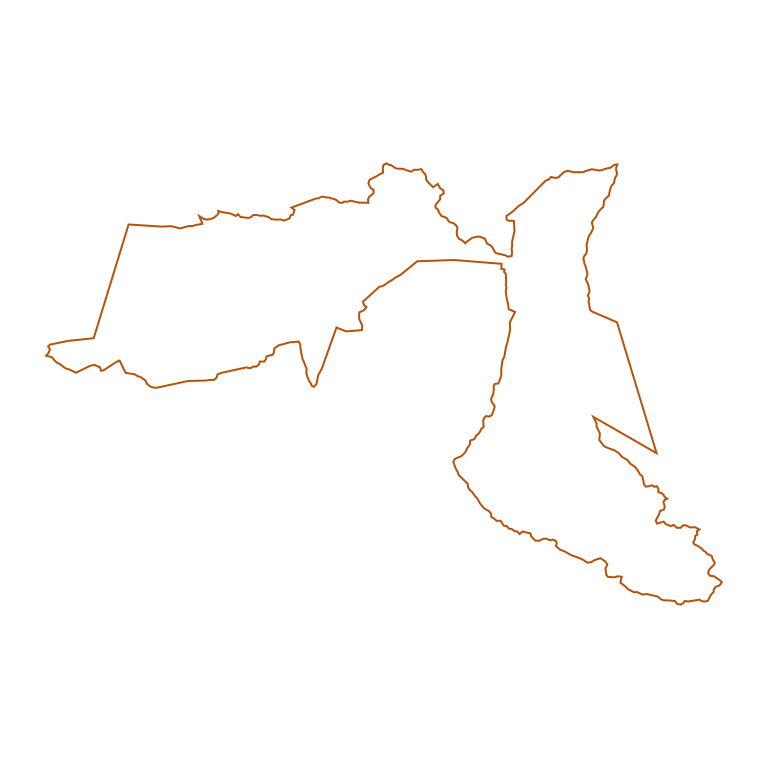 the district of Sobral, Ceará, Brazil
{"feature_id": "56859067B25593631860956", "entity_name": "Sobral", "entity_type": "district", "adm_level": 2, "iso_a3": "BRA", "parent_name": "Brazil", "parent_adm1": "Ceará", "projection": "mercator", "projection_center": [-40.186, -3.856], "detail": "fine", "context": "isolated", "style": "outline", "palette": "amber", "viewbox_px": 768, "rotation_deg": 0, "n_neighbors": 0, "source": "geoboundaries", "source_scale": "gbopen_adm2", "svg_char_len": 6110}
<svg xmlns="http://www.w3.org/2000/svg" viewBox="0 0 768 768"><path d="M170.4,226.2L161.7,226.6L128.6,224.5L93.7,338.2L68.2,340.9L50.0,344.6L48.1,346.5L49.9,349.1L48.9,352.4L46.1,355.7L51.9,357.2L54.4,360.2L57.0,362.8L59.6,363.9L63.8,367.1L66.1,368.6L69.7,369.6L76.0,372.7L90.2,365.8L94.3,364.9L100.0,367.4L101.1,370.8L103.6,370.3L116.2,362.0L119.6,360.5L124.3,370.3L125.8,372.9L135.0,374.4L137.5,376.1L140.5,377.0L145.5,380.5L146.6,383.4L149.2,385.7L151.0,386.9L153.3,387.5L156.5,387.8L188.0,381.0L206.5,380.5L209.9,379.9L213.7,380.0L216.5,377.8L217.6,374.4L221.7,372.8L246.3,367.4L250.2,368.3L253.3,366.6L256.3,366.6L259.0,364.4L259.8,361.5L264.4,361.5L265.8,359.3L266.6,356.4L269.7,355.4L272.5,354.9L274.2,352.0L274.2,348.6L278.5,345.4L290.0,342.3L298.8,341.6L300.3,344.8L300.4,348.2L301.0,350.5L301.2,353.3L302.0,355.9L302.5,359.1L303.9,361.7L305.0,365.0L306.6,368.8L306.3,372.4L307.1,376.0L309.0,380.8L310.5,382.9L311.9,385.8L314.0,386.9L316.5,383.9L318.3,375.0L321.7,368.9L336.5,327.5L346.1,331.4L361.9,330.1L362.3,325.7L359.1,318.7L359.3,312.3L362.0,311.2L364.7,309.5L366.5,307.0L364.1,305.3L362.9,301.7L379.5,286.7L382.0,286.3L384.8,284.8L387.0,283.1L393.0,279.4L395.3,277.6L400.5,274.9L417.2,261.3L453.8,260.0L501.6,263.8L501.3,268.8L504.6,269.5L504.1,272.0L505.8,273.8L506.2,282.1L505.8,284.7L506.5,287.6L505.7,291.1L506.8,298.9L508.2,304.7L508.7,309.2L515.1,311.9L509.8,322.6L510.1,329.3L509.4,333.5L507.1,343.7L506.0,346.8L504.3,356.8L503.0,359.1L502.3,361.4L501.2,369.6L501.3,375.2L500.4,378.4L498.4,383.4L494.8,384.0L493.6,386.2L493.9,388.9L493.3,393.6L491.1,399.0L491.5,401.7L493.4,404.1L494.7,406.5L493.2,411.9L491.7,415.2L488.9,416.6L486.1,416.0L484.5,417.7L483.2,420.2L483.6,427.1L481.2,429.0L480.2,431.4L478.6,433.6L476.4,435.4L474.2,439.2L470.2,440.5L469.9,444.2L468.8,446.3L467.2,448.1L466.1,450.9L464.2,453.4L461.4,456.1L456.8,458.0L454.4,459.4L453.4,462.1L455.6,468.2L457.7,472.1L458.9,475.2L467.7,483.8L468.1,487.4L469.4,489.6L472.5,492.5L474.5,495.4L477.1,498.3L480.0,503.3L482.2,506.1L484.4,508.6L488.8,511.0L491.1,513.8L491.3,517.0L494.0,518.5L496.5,520.8L500.7,520.8L503.8,525.7L506.8,526.2L509.1,528.7L511.5,528.9L515.0,531.4L517.3,531.5L519.5,534.1L522.6,531.5L530.5,533.4L531.2,536.3L535.2,540.6L539.8,540.7L543.1,538.7L546.8,538.8L549.9,540.3L552.5,539.6L555.7,540.7L556.8,543.5L555.8,546.0L559.9,549.5L565.0,551.6L571.3,555.2L579.2,558.0L583.8,560.2L587.1,562.6L591.1,562.2L594.6,560.1L600.6,558.2L605.5,561.6L607.4,564.7L605.5,568.2L606.3,574.6L607.8,576.9L613.9,577.3L618.0,576.3L621.7,576.8L620.4,582.6L625.9,586.9L627.5,588.9L634.2,592.4L637.0,592.0L642.3,594.6L646.5,594.0L657.6,596.5L660.9,599.3L664.0,600.4L667.0,600.3L674.9,601.0L677.3,604.0L680.9,604.6L683.4,603.1L684.7,601.0L688.3,601.5L699.5,599.6L702.1,601.3L705.6,601.5L708.1,600.5L710.6,595.4L711.9,593.6L713.5,592.1L713.9,589.2L715.9,586.7L719.4,585.5L721.9,582.1L719.2,579.7L716.6,578.2L714.3,576.3L710.0,575.8L708.3,573.6L708.5,571.1L709.9,568.8L714.1,564.7L714.7,562.4L712.8,559.6L711.8,556.2L709.7,554.8L707.4,554.2L705.4,551.8L703.2,550.4L701.6,548.5L697.6,545.8L694.9,544.7L693.3,542.5L695.0,539.0L695.2,535.9L697.3,534.7L696.8,531.2L699.4,529.5L695.4,527.3L690.1,527.4L685.7,525.3L683.1,525.4L680.6,527.8L676.9,527.8L673.6,524.9L671.3,526.2L665.9,524.2L663.6,521.6L657.1,523.6L655.7,520.7L659.0,514.5L660.1,510.9L664.2,509.4L664.7,506.1L663.4,502.1L664.9,499.7L667.2,498.7L664.7,497.1L663.6,494.9L661.7,493.2L658.3,492.1L658.4,488.7L656.7,486.1L654.3,486.8L652.0,485.2L648.7,486.3L645.8,486.6L643.8,483.9L643.6,481.6L642.1,475.9L639.8,474.2L638.1,470.8L634.7,466.6L630.3,463.8L627.7,460.2L622.0,456.9L618.8,453.2L617.0,451.9L614.4,450.3L606.9,447.6L603.9,446.1L599.3,440.0L599.9,433.5L596.5,426.4L596.7,423.7L593.4,416.9L656.6,453.2L617.0,322.3L592.2,311.6L590.2,309.9L588.6,301.9L589.1,298.5L587.8,295.3L589.2,293.1L589.5,290.7L588.3,284.6L585.7,279.1L587.1,276.1L587.4,273.3L585.5,266.3L584.4,263.7L584.2,261.1L583.3,259.1L584.1,256.3L586.0,254.0L587.0,250.8L586.6,245.1L588.2,238.2L589.3,235.3L591.0,233.0L593.3,228.1L591.8,222.4L593.6,219.6L595.6,217.5L598.4,212.0L600.9,209.1L603.4,206.8L604.0,201.3L604.9,199.3L609.1,195.3L609.4,192.4L610.8,187.3L611.9,185.4L613.9,183.2L615.1,177.6L616.6,175.6L617.0,172.8L616.2,170.6L616.2,167.5L617.4,164.5L614.5,164.7L610.4,167.8L606.9,168.4L599.8,170.6L591.7,169.2L585.6,171.1L582.7,172.3L579.8,172.1L573.3,172.3L569.8,171.2L566.7,171.1L563.9,172.1L558.3,177.4L554.6,177.9L551.2,176.9L549.0,179.3L545.7,180.6L523.8,202.7L518.9,205.8L513.2,211.1L506.5,216.0L506.6,219.5L508.7,220.8L511.2,220.7L513.9,221.0L514.5,231.1L512.1,241.7L512.2,245.8L511.6,249.2L512.1,252.1L511.7,256.0L508.0,256.7L505.3,255.3L495.9,253.1L494.4,251.1L492.1,246.9L490.4,245.3L486.9,243.4L485.0,238.8L480.0,236.7L476.7,236.7L472.3,237.8L466.8,241.7L465.3,243.3L462.3,240.4L459.2,239.0L457.1,236.0L456.7,231.9L457.5,228.3L456.1,225.3L453.3,223.1L449.7,222.2L448.1,220.5L447.2,218.5L444.8,217.1L441.7,216.2L439.1,212.7L437.8,209.4L435.5,207.6L435.4,205.2L440.1,199.3L440.2,195.8L443.7,193.4L443.4,190.3L440.3,188.4L437.8,183.9L433.1,187.3L428.3,182.5L426.3,179.7L426.0,176.4L425.0,173.9L423.0,172.0L421.4,169.2L417.4,169.8L414.0,169.8L411.2,171.7L407.2,170.5L403.1,168.8L397.7,168.7L395.5,168.1L391.2,165.2L389.0,164.8L386.7,163.4L383.6,164.8L382.8,168.4L383.0,172.7L379.3,174.5L376.7,176.2L369.6,179.7L368.4,183.0L369.6,186.1L371.2,188.4L373.7,189.9L373.4,193.2L371.8,194.9L369.4,196.5L367.9,199.4L368.4,202.8L358.8,202.6L350.7,200.7L347.5,201.7L344.0,201.7L342.0,203.0L338.8,202.4L336.5,200.1L334.1,199.0L331.5,198.5L329.4,197.6L326.2,197.4L323.1,196.6L320.4,197.2L318.4,198.4L315.8,198.5L291.5,207.6L294.6,210.1L293.0,214.7L290.7,215.2L289.5,218.4L284.2,220.7L281.0,219.5L277.4,219.7L271.5,219.2L268.6,217.1L263.4,215.6L259.7,215.7L257.2,215.1L253.4,215.0L250.5,217.3L248.4,217.9L240.6,217.1L237.9,214.1L235.8,216.0L232.7,214.4L229.6,213.3L222.4,212.2L218.2,211.0L218.6,213.2L216.9,215.3L213.7,217.8L210.6,219.0L207.0,219.6L203.5,218.8L199.3,216.1L202.4,223.8L195.8,225.0L193.0,225.9L188.5,226.1L180.2,228.4L173.1,226.6L170.4,226.2Z" fill="none" stroke="#b45309" stroke-width="2"/></svg>